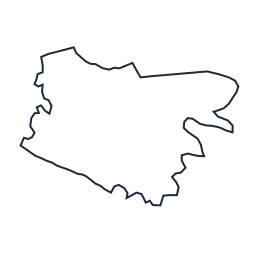 outline of Belmonte, Santa Catarina, Brazil, rotated 187°
{"feature_id": "56859067B29465738256221", "entity_name": "Belmonte", "entity_type": "district", "adm_level": 2, "iso_a3": "BRA", "parent_name": "Brazil", "parent_adm1": "Santa Catarina", "projection": "natural_earth1", "projection_center": [-53.624, -26.854], "detail": "fine", "context": "isolated", "style": "outline", "palette": "slate", "viewbox_px": 256, "rotation_deg": 187, "n_neighbors": 0, "source": "geoboundaries", "source_scale": "gbopen_adm2", "svg_char_len": 1502}
<svg xmlns="http://www.w3.org/2000/svg" viewBox="0 0 256 256"><g transform="rotate(187 128 128)"><path d="M49.0,109.3L51.4,113.7L53.6,120.3L57.7,126.0L62.4,128.4L67.9,131.3L72.7,135.0L72.9,140.9L69.9,145.1L65.0,145.1L61.2,143.1L57.1,140.9L50.6,140.1L44.8,140.4L38.8,139.9L34.7,139.0L30.4,137.5L23.7,136.4L24.4,143.1L29.9,147.7L34.9,149.0L40.0,150.2L45.0,154.6L40.8,156.5L35.4,159.2L30.8,164.4L27.5,171.3L24.8,176.6L23.5,182.7L27.5,188.0L33.6,190.4L38.7,191.4L44.8,192.5L52.0,193.3L56.3,193.8L111.3,182.2L121.8,179.8L128.0,188.2L131.5,193.1L143.8,186.2L148.9,186.2L153.7,183.7L160.4,184.2L168.1,187.5L172.5,187.0L178.0,188.9L183.7,192.8L188.6,196.2L191.7,201.4L216.5,191.6L222.8,187.9L220.2,179.5L219.5,172.9L224.3,170.5L224.8,165.4L226.1,160.2L222.1,158.3L218.0,160.5L217.7,153.4L214.9,147.3L210.1,145.8L206.6,140.6L207.7,132.6L212.5,135.0L217.1,139.8L221.1,137.4L218.3,132.1L222.4,131.3L225.2,126.0L225.2,117.8L220.2,112.0L222.1,107.3L225.6,104.9L230.1,105.6L232.5,97.5L216.6,89.2L210.3,87.4L204.8,85.6L198.7,84.3L194.2,82.1L188.8,80.8L184.1,79.9L178.7,78.4L172.1,76.3L167.7,76.3L163.8,75.0L159.0,72.3L153.7,68.9L148.4,67.3L143.1,64.1L137.0,61.8L134.5,68.3L130.2,70.4L124.3,67.8L120.5,63.3L120.8,58.3L115.9,61.8L111.8,64.9L106.7,64.1L104.1,60.6L101.3,56.1L97.5,58.5L94.0,54.6L86.5,55.1L84.6,65.2L78.2,66.5L71.3,67.3L70.5,75.5L73.4,79.9L78.3,84.8L75.1,88.7L70.0,90.2L66.1,95.6L70.7,102.2L71.3,107.5L65.4,109.9L59.0,109.1L54.5,108.8L49.0,109.3Z" fill="none" stroke="#1e293b" stroke-width="2"/></g></svg>